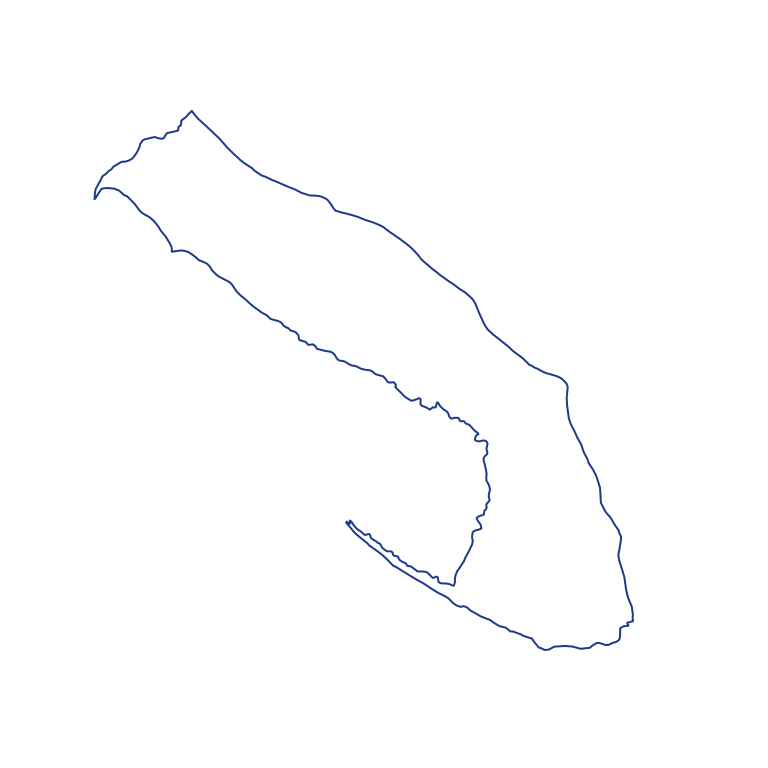 Palmar, Santander, Colombia, rotated 314°
{"feature_id": "7082276B88834330178766", "entity_name": "Palmar", "entity_type": "district", "adm_level": 2, "iso_a3": "COL", "parent_name": "Colombia", "parent_adm1": "Santander", "projection": "equal_earth", "projection_center": [-73.294, 6.526], "detail": "fine", "context": "isolated", "style": "outline", "palette": "blue", "viewbox_px": 768, "rotation_deg": 314, "n_neighbors": 0, "source": "geoboundaries", "source_scale": "gbopen_adm2", "svg_char_len": 6101}
<svg xmlns="http://www.w3.org/2000/svg" viewBox="0 0 768 768"><g transform="rotate(314 384 384)"><path d="M446.9,56.1L443.4,55.9L438.2,56.1L434.4,55.4L432.6,55.4L431.4,56.4L428.8,58.2L427.4,57.6L426.0,57.8L425.0,58.4L423.6,59.7L422.5,59.4L413.6,53.6L410.2,54.1L408.7,54.8L406.5,54.2L405.3,52.9L403.6,50.1L402.5,47.6L399.4,45.5L393.7,41.9L391.4,41.2L387.3,41.9L384.4,43.6L380.0,45.1L375.7,46.0L371.1,46.3L367.7,45.3L363.6,43.1L363.1,42.1L361.0,40.8L358.5,40.0L352.2,38.4L349.0,38.8L346.7,38.1L342.0,38.0L337.8,37.2L332.4,38.9L324.3,41.1L321.1,42.9L319.2,44.6L316.1,47.2L316.7,47.6L319.4,46.8L326.4,45.5L327.9,45.3L330.0,46.3L333.3,49.4L337.2,54.3L338.2,56.9L339.0,58.4L339.3,62.5L339.3,65.9L340.6,68.7L340.4,79.1L339.2,86.6L338.9,90.5L339.7,94.2L340.9,98.6L341.2,100.8L341.4,105.5L340.5,112.3L339.2,117.1L338.5,124.0L336.5,131.8L335.0,136.0L333.3,138.1L331.9,139.2L332.3,140.1L334.6,141.6L339.7,145.8L342.7,150.7L343.8,155.3L344.4,160.6L344.5,164.8L346.8,170.4L347.6,173.5L347.5,177.1L346.3,181.4L346.2,186.1L346.5,190.3L349.9,201.7L350.0,204.9L348.1,214.3L348.1,219.4L348.5,223.5L348.9,235.6L350.4,246.2L352.0,252.1L352.0,257.1L353.6,260.2L355.7,264.0L356.7,266.8L356.7,268.8L356.2,271.2L356.6,273.6L357.7,276.5L357.5,279.5L359.4,283.1L359.9,284.8L359.6,288.6L357.2,291.7L357.0,292.8L358.9,296.7L359.8,298.1L359.8,299.9L359.5,301.7L360.4,303.3L362.0,304.3L363.2,305.5L363.5,307.8L363.2,310.0L362.7,311.3L366.8,318.4L370.2,323.4L370.7,325.3L370.8,327.8L369.8,331.7L369.5,333.5L369.5,334.3L370.2,336.1L372.0,338.5L373.0,340.5L373.8,344.5L374.8,347.6L377.4,351.7L378.3,354.4L378.8,356.4L381.7,361.4L384.0,364.3L385.0,366.7L385.1,370.7L386.5,373.7L387.6,375.5L388.4,377.1L388.9,378.0L388.9,380.1L388.5,383.0L388.1,384.0L388.2,386.0L389.8,387.9L391.6,389.4L392.2,390.6L391.7,392.8L391.0,393.9L390.0,394.0L389.5,396.3L389.5,403.8L389.3,407.0L389.8,410.3L390.8,414.8L391.8,416.1L396.1,418.3L398.1,419.0L398.5,420.2L398.1,421.5L396.4,422.8L394.9,424.1L394.6,426.5L395.5,428.3L396.3,430.2L397.1,433.1L397.4,434.7L399.6,435.2L401.0,435.1L402.6,437.1L403.9,437.2L406.9,435.2L407.8,435.2L408.1,436.1L407.2,439.1L407.0,442.3L407.2,444.9L407.8,447.5L407.7,449.4L407.3,451.2L406.2,452.7L405.7,454.8L405.9,456.5L407.4,457.6L408.5,458.1L411.0,460.6L411.2,462.2L410.4,463.4L410.7,465.5L412.3,466.7L412.8,467.5L412.4,470.2L413.9,473.7L413.4,481.2L413.9,485.6L413.6,486.6L411.0,486.1L409.1,486.7L407.0,488.2L407.3,490.1L408.6,492.2L411.7,494.2L412.8,495.1L413.6,496.6L413.7,498.0L413.1,499.9L408.6,502.6L406.6,505.9L405.1,506.9L402.2,506.7L400.2,507.0L398.8,508.1L393.4,516.5L390.5,520.4L388.4,521.9L385.7,524.7L384.6,528.6L382.7,532.3L381.6,533.6L379.1,535.1L376.2,537.1L374.5,539.6L373.4,540.9L369.2,541.1L368.2,541.4L366.6,543.5L364.5,544.5L362.5,544.3L360.5,545.6L359.6,546.4L358.2,546.1L355.6,544.5L353.8,543.8L352.2,543.7L351.3,544.7L350.4,548.5L350.0,551.2L348.7,553.1L347.5,554.4L344.9,553.2L342.7,551.8L340.6,550.9L338.8,550.9L335.4,553.3L332.4,557.2L329.6,558.9L322.1,561.4L316.1,563.0L311.8,564.7L308.0,565.3L304.9,566.0L299.7,566.8L296.4,568.3L293.7,569.8L291.6,571.9L289.4,573.5L287.2,574.2L286.4,572.6L286.0,571.1L284.5,568.4L282.5,566.0L280.8,564.2L280.1,563.1L279.6,561.9L279.9,560.1L281.2,558.3L282.2,557.3L282.2,556.1L281.4,555.2L278.9,554.3L278.4,553.6L278.4,551.8L278.6,547.3L278.2,545.6L277.4,543.8L275.0,541.0L272.5,538.3L272.0,534.3L271.8,532.1L271.4,530.1L269.5,527.2L270.1,524.0L268.8,520.8L268.4,518.3L268.3,516.7L269.2,514.9L269.3,513.4L268.4,511.9L267.7,511.0L267.4,509.7L267.8,508.4L268.7,507.3L268.7,505.7L265.7,502.2L265.3,500.2L265.1,498.0L265.0,496.1L266.2,492.9L266.2,491.5L265.4,490.1L265.4,488.0L264.2,482.8L264.3,481.3L265.7,478.9L265.9,477.6L264.2,476.4L262.6,475.5L262.0,474.8L261.8,469.7L261.2,467.1L261.0,463.9L261.2,462.1L261.6,458.9L262.3,456.6L262.3,455.6L261.9,454.5L261.0,455.1L260.1,456.3L259.5,456.3L258.9,455.9L259.0,454.6L259.2,453.6L258.9,452.8L258.0,453.2L257.4,458.8L256.6,467.0L257.0,473.5L257.9,482.7L257.6,485.2L258.8,493.0L259.8,500.9L260.0,506.4L259.7,517.5L260.6,519.1L264.0,534.9L266.0,543.7L268.0,550.9L269.5,559.2L271.3,567.8L273.6,574.8L274.6,579.6L274.4,586.1L275.0,589.8L276.9,593.9L279.1,595.3L280.2,597.0L281.0,599.2L281.1,603.4L284.1,615.1L288.0,624.5L288.6,629.1L290.0,635.2L293.3,640.8L293.8,646.7L295.6,648.8L297.4,652.9L299.2,656.8L299.5,659.0L303.1,666.2L303.7,667.0L303.1,669.4L301.9,678.5L302.8,679.7L304.2,684.2L307.3,687.0L313.3,688.9L321.3,696.2L326.1,702.0L330.2,709.5L337.4,715.4L340.5,715.6L345.1,716.8L347.3,718.7L350.2,724.7L352.5,726.9L355.9,728.0L360.3,730.4L363.6,730.8L365.8,729.6L372.2,723.8L372.7,723.6L375.6,724.4L378.0,726.1L379.5,727.6L380.2,727.3L380.6,725.8L381.3,724.9L386.3,727.8L388.6,725.2L391.1,723.1L395.9,717.0L399.7,708.2L401.7,704.9L404.4,700.8L411.7,691.5L415.2,685.5L420.5,675.7L423.9,671.2L427.3,669.1L436.9,662.4L438.9,660.4L440.3,656.8L441.8,654.0L443.3,646.4L444.8,641.8L445.4,638.4L445.7,634.0L446.2,631.2L449.2,622.6L451.3,620.2L453.5,618.0L459.3,611.6L462.7,605.6L465.5,600.1L467.7,593.5L469.3,586.2L471.2,582.6L474.0,574.4L477.6,567.7L479.3,561.5L482.6,553.1L485.1,545.6L487.9,540.5L496.1,530.2L501.1,524.9L509.4,518.3L511.2,514.9L511.4,510.6L511.1,506.9L509.6,502.8L506.3,496.4L504.3,492.8L502.9,488.8L501.8,484.4L500.2,480.4L499.8,477.7L498.8,475.3L498.9,465.8L497.3,453.5L497.4,448.5L496.1,434.4L495.4,428.4L495.3,420.2L496.0,417.2L496.9,414.0L499.0,408.5L501.1,403.3L505.4,393.6L506.2,390.6L506.6,387.5L506.3,379.3L504.8,371.7L503.8,363.7L502.6,357.3L501.2,347.4L501.0,343.9L500.4,339.4L499.8,328.9L499.6,323.9L500.4,319.6L500.8,313.5L500.8,307.7L500.3,301.6L499.6,296.3L497.1,280.9L496.4,274.4L495.2,270.4L492.7,264.0L489.2,256.9L485.9,248.8L482.7,242.6L480.0,237.8L477.5,233.6L475.0,228.6L475.3,225.7L476.4,221.3L477.1,216.7L477.1,214.1L476.2,211.1L475.2,208.6L474.1,206.8L472.6,204.7L470.6,202.5L468.0,199.5L464.3,192.1L462.8,187.2L462.3,185.3L458.7,176.6L454.6,165.5L453.0,161.7L450.9,155.2L449.0,151.1L447.5,142.8L447.6,139.2L445.9,130.6L445.3,125.0L445.1,116.0L445.2,107.1L446.2,94.5L446.1,83.1L445.7,65.8L446.1,61.2L446.7,57.1L446.9,56.1Z" fill="none" stroke="#1e3a8a" stroke-width="2"/></g></svg>